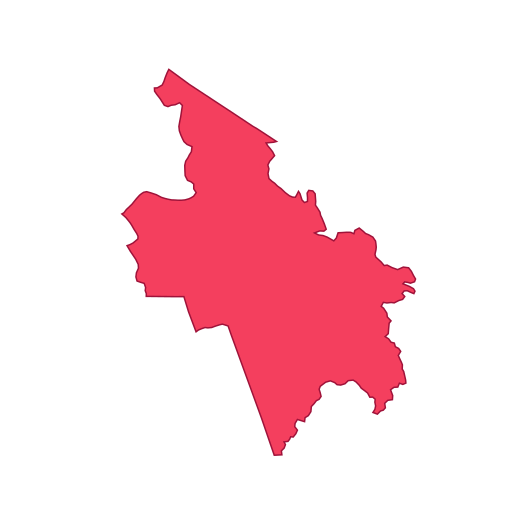 Vitória do Mearim, Maranhão, Brazil, rotated 321°
{"feature_id": "56859067B98099039141504", "entity_name": "Vitória do Mearim", "entity_type": "district", "adm_level": 2, "iso_a3": "BRA", "parent_name": "Brazil", "parent_adm1": "Maranhão", "projection": "robinson", "projection_center": [-44.907, -3.55], "detail": "fine", "context": "isolated", "style": "filled", "palette": "rose", "viewbox_px": 512, "rotation_deg": 321, "n_neighbors": 0, "source": "geoboundaries", "source_scale": "gbopen_adm2", "svg_char_len": 3609}
<svg xmlns="http://www.w3.org/2000/svg" viewBox="0 0 512 512"><g transform="rotate(321 256 256)"><path d="M305.7,56.1L302.4,57.6L297.9,60.1L294.3,62.4L290.7,64.1L285.1,63.2L282.8,61.5L280.9,64.1L280.6,67.9L280.5,73.4L279.6,81.2L281.6,84.5L285.0,85.5L288.4,87.6L293.1,88.8L293.5,92.7L285.1,100.4L281.0,103.8L277.6,106.8L275.2,110.5L273.7,114.8L272.6,119.0L272.0,121.8L272.6,125.9L275.1,130.7L271.4,134.3L267.8,135.5L265.0,136.8L261.0,138.1L257.7,140.7L254.2,145.3L251.5,149.0L250.4,154.1L252.3,157.7L252.9,160.9L249.9,164.6L249.4,169.1L245.1,170.3L242.2,169.9L239.8,169.3L236.1,167.7L233.1,165.7L230.3,163.4L227.8,161.1L225.8,159.4L223.2,156.3L221.4,153.9L219.4,150.9L217.1,145.6L214.1,140.9L211.5,137.2L208.8,135.8L206.2,135.5L203.7,135.5L199.2,136.2L192.2,137.7L187.4,138.1L184.5,138.3L180.6,139.3L178.2,138.9L179.1,144.3L179.1,150.6L178.8,153.7L178.0,158.6L177.5,163.2L176.8,166.3L175.0,168.4L171.2,168.5L168.6,168.5L165.1,167.8L162.3,166.8L161.3,173.4L161.0,177.3L160.5,182.8L159.2,188.4L157.0,191.5L152.5,193.8L149.5,196.7L147.8,200.6L149.7,203.7L151.9,206.9L150.4,211.0L148.1,213.2L147.1,216.2L145.3,218.3L169.0,237.9L171.7,240.0L174.4,242.2L168.5,256.8L161.7,277.2L164.7,277.3L168.1,278.3L171.4,279.5L173.3,281.5L176.6,283.7L180.2,284.9L184.5,286.6L187.0,287.8L188.8,290.5L190.3,292.8L187.1,301.7L158.2,385.6L144.8,422.3L148.5,425.0L151.0,426.8L153.1,423.4L157.0,423.0L160.2,421.1L160.8,418.1L164.2,420.2L166.7,419.6L169.2,418.3L171.0,420.1L175.1,419.2L178.6,417.4L178.7,413.0L181.0,410.7L185.3,409.1L189.5,415.3L192.4,412.5L196.2,413.0L200.7,411.5L204.3,407.8L208.2,407.3L211.9,406.4L214.8,407.1L218.2,406.1L219.8,402.8L221.2,399.3L223.9,397.7L230.7,397.9L235.2,399.8L237.5,403.9L238.0,407.0L240.6,409.6L244.8,411.3L249.2,410.9L253.4,413.6L254.5,416.9L254.9,421.7L254.6,424.9L255.7,429.2L256.5,432.7L255.6,437.4L257.9,439.1L258.5,442.3L256.4,444.4L254.6,447.8L251.9,450.0L248.4,451.2L250.8,455.3L255.2,454.8L257.9,455.9L261.0,455.4L263.3,451.5L267.6,451.1L271.6,453.5L274.4,450.5L276.4,444.6L280.6,444.9L283.7,447.1L287.4,445.1L289.3,448.2L292.5,449.1L294.2,446.6L296.5,442.0L298.1,438.7L298.5,435.9L301.3,432.7L302.1,430.1L302.9,426.8L304.0,422.8L308.4,421.2L308.7,417.6L307.2,414.2L308.7,410.7L306.7,408.0L306.9,403.8L305.6,399.9L309.9,399.6L313.3,396.0L317.2,392.0L320.1,391.4L319.7,386.0L321.7,382.8L322.3,376.9L321.6,373.9L325.8,372.2L328.2,374.9L331.8,377.2L333.9,379.4L339.0,380.5L342.6,382.0L346.1,381.1L345.9,377.1L349.2,376.4L351.7,378.2L353.4,381.7L355.0,384.6L357.4,383.4L357.8,380.5L356.1,376.2L352.7,370.1L355.2,369.7L357.4,372.1L358.9,374.3L363.0,375.8L365.5,374.3L366.1,370.3L367.1,365.7L367.2,361.2L363.5,357.3L357.5,355.7L354.4,350.6L352.2,345.6L349.6,344.1L349.5,339.3L348.4,332.2L349.5,329.6L353.1,326.7L355.0,324.8L356.8,322.1L358.3,319.6L358.7,314.9L356.9,310.3L355.3,307.5L354.9,304.5L353.8,299.2L349.0,298.3L346.1,300.3L344.5,297.2L341.1,294.4L337.7,292.0L334.4,289.6L329.7,292.6L326.0,293.2L323.2,286.1L321.0,282.3L317.9,279.1L316.0,274.9L321.3,276.6L324.4,279.4L327.4,279.4L329.3,274.1L331.0,268.4L331.8,265.0L333.3,262.2L333.9,257.6L334.2,253.9L336.8,251.1L341.1,244.9L341.1,241.2L338.3,238.2L335.3,239.3L332.6,243.3L330.3,246.0L327.3,244.9L327.0,241.4L329.4,235.3L329.7,232.5L326.6,233.9L323.6,235.1L321.6,233.4L319.9,230.3L318.6,225.1L317.9,219.5L316.7,215.2L316.3,211.2L315.4,208.0L314.8,204.0L317.2,199.5L320.9,196.4L322.5,192.7L326.3,191.0L328.8,190.6L333.6,189.7L334.5,185.4L334.6,181.6L334.5,177.7L335.0,174.5L341.3,178.7L344.0,179.9L338.2,161.7L337.0,158.0L335.1,153.0L328.8,132.9L312.2,80.8L305.7,56.1Z" fill="#f43f5e" stroke="#9f1239" stroke-width="1.5"/></g></svg>